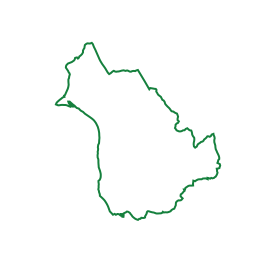 the district of São Francisco de Itabapoana, Rio de Janeiro, Brazil, rotated 143°
{"feature_id": "56859067B40188344315661", "entity_name": "São Francisco de Itabapoana", "entity_type": "district", "adm_level": 2, "iso_a3": "BRA", "parent_name": "Brazil", "parent_adm1": "Rio de Janeiro", "projection": "mercator", "projection_center": [-41.135, -21.454], "detail": "fine", "context": "isolated", "style": "outline", "palette": "green", "viewbox_px": 256, "rotation_deg": 143, "n_neighbors": 0, "source": "geoboundaries", "source_scale": "gbopen_adm2", "svg_char_len": 4554}
<svg xmlns="http://www.w3.org/2000/svg" viewBox="0 0 256 256"><g transform="rotate(143 128 128)"><path d="M76.4,43.9L76.9,44.9L77.6,46.3L76.3,47.1L75.3,48.0L73.8,48.3L72.8,49.7L72.2,51.3L71.8,53.1L71.5,54.8L71.1,56.2L70.7,58.2L69.9,59.8L68.8,61.5L68.2,63.1L67.6,64.7L66.4,66.4L64.9,67.7L64.2,69.2L63.9,70.7L63.3,71.9L65.1,72.4L66.7,71.7L68.0,71.8L68.7,72.9L69.6,73.6L71.0,73.2L72.3,73.0L74.1,73.0L75.4,72.4L76.5,72.3L78.1,72.9L79.9,72.8L81.4,73.0L82.6,72.7L84.2,71.8L86.2,71.9L86.4,73.6L85.3,75.6L84.1,76.9L83.2,77.6L82.3,78.5L81.6,79.4L81.0,80.4L81.0,82.5L80.7,84.1L80.1,85.1L79.5,86.3L79.0,87.9L80.2,89.2L80.6,90.9L80.8,92.1L82.4,92.5L84.2,92.2L85.4,93.0L87.0,93.2L88.3,93.8L89.2,94.5L89.9,95.6L90.6,96.9L90.5,98.2L90.5,99.7L89.2,100.6L88.0,102.0L86.2,102.3L85.0,102.0L83.4,102.7L83.6,104.6L82.6,105.8L81.2,106.9L80.6,108.6L80.2,110.0L80.8,111.0L81.5,112.4L81.8,113.7L83.0,115.0L83.2,116.1L83.1,117.3L83.1,118.5L83.2,119.6L83.5,121.1L83.7,123.0L83.8,124.7L83.4,125.9L83.0,127.0L83.0,128.6L83.6,129.8L83.3,131.5L83.0,133.2L83.5,134.8L83.9,136.6L83.6,138.5L83.5,140.1L82.3,141.3L82.3,142.5L83.3,143.4L84.1,144.3L86.2,146.5L87.7,146.1L86.6,155.0L85.2,168.4L86.8,169.0L88.0,169.1L89.0,170.1L90.4,170.9L91.8,171.2L92.8,172.2L93.3,173.4L94.1,174.5L95.6,175.1L96.8,176.7L98.5,177.6L100.1,178.2L101.5,178.8L102.5,179.5L103.5,180.0L104.3,180.8L104.9,182.2L106.2,182.4L107.5,182.3L108.9,182.2L110.6,182.4L110.8,184.5L110.6,186.1L110.5,187.3L110.3,188.7L110.2,190.3L110.1,194.7L109.8,197.7L109.5,199.6L107.0,210.2L106.4,213.4L105.6,216.2L105.7,217.8L107.5,218.3L109.6,220.1L111.1,220.3L112.5,220.2L113.4,219.4L114.7,218.1L116.1,217.6L117.4,216.9L118.4,215.5L120.2,214.7L122.1,214.4L123.8,214.4L125.0,213.7L126.2,213.6L126.3,215.1L128.0,215.8L129.5,214.7L130.6,214.4L133.2,214.5L135.0,215.0L137.1,215.6L139.2,215.3L140.3,214.7L141.3,213.6L141.4,211.6L141.5,209.6L141.9,208.0L141.8,206.9L142.3,205.7L143.2,205.1L144.2,204.3L145.0,203.4L146.3,202.7L147.4,201.3L148.4,199.8L149.4,198.2L151.1,196.6L152.6,195.5L154.4,194.5L156.6,193.3L158.3,192.3L159.6,192.3L160.0,191.1L161.7,191.7L163.5,191.6L165.2,191.6L167.0,191.5L169.0,191.3L170.1,191.0L171.4,190.2L170.1,188.1L169.0,187.4L167.8,186.8L166.7,186.1L165.4,185.0L164.2,184.1L163.2,183.0L162.1,181.0L161.3,179.8L160.0,180.7L160.4,182.6L160.2,183.8L159.8,185.0L158.7,184.2L158.5,183.1L157.8,179.6L157.3,178.1L157.1,176.2L156.9,174.9L155.6,173.1L155.5,171.7L155.2,170.1L154.2,167.9L153.8,165.3L152.0,160.0L151.2,157.4L150.8,155.7L150.6,154.5L150.6,153.2L150.6,151.8L150.8,150.3L151.1,148.8L151.4,147.2L151.9,145.9L152.4,144.6L153.1,143.1L154.0,141.4L154.9,140.1L155.8,138.8L156.4,137.8L157.1,136.9L158.3,135.6L159.4,134.3L160.4,133.2L161.9,132.5L162.8,131.6L163.7,130.7L164.4,129.3L165.5,128.1L166.5,127.3L167.4,125.8L168.6,124.7L170.0,122.7L170.4,121.2L171.1,120.0L172.3,118.4L173.3,116.9L174.1,115.6L175.0,114.3L175.6,112.4L176.1,110.8L176.8,109.1L177.4,107.8L178.0,106.9L178.8,105.9L179.6,105.0L180.7,104.2L181.9,103.6L183.3,103.6L184.0,102.8L184.7,101.5L185.4,100.4L186.3,99.5L187.3,98.1L188.6,96.9L189.1,95.3L189.8,94.0L190.1,92.9L190.5,91.9L191.3,90.7L190.9,88.7L190.6,87.0L190.4,85.5L190.3,84.1L190.4,82.3L190.6,80.3L190.9,78.5L191.3,76.8L191.8,75.2L192.2,73.9L192.7,72.3L192.5,70.7L192.3,69.0L192.2,67.8L190.3,67.4L189.9,66.0L188.2,65.7L187.1,64.6L186.7,63.0L185.6,63.7L184.6,62.9L185.7,62.1L186.0,60.6L185.1,59.8L184.3,60.6L183.6,61.5L182.9,62.4L181.9,62.3L180.7,61.9L179.3,62.0L178.5,61.3L177.9,60.0L177.6,58.9L177.7,57.8L177.6,56.3L177.7,54.6L177.4,53.1L176.8,51.0L176.1,49.8L175.3,48.6L173.7,48.7L172.7,48.0L171.4,48.3L170.3,47.2L169.2,46.5L168.2,46.3L167.5,47.2L166.2,47.7L164.5,48.5L163.6,49.4L162.5,49.7L161.6,49.1L160.5,47.5L159.4,46.1L158.3,45.0L156.9,42.8L155.7,41.8L154.0,40.7L153.0,40.0L151.7,39.7L150.6,40.1L150.3,39.0L149.0,38.3L147.5,37.0L146.0,36.4L144.1,35.9L142.6,36.3L140.8,36.1L139.6,35.7L138.1,36.6L136.4,37.5L135.3,38.8L134.4,39.7L132.9,40.0L131.3,39.9L130.4,39.1L129.3,38.5L128.1,38.5L126.7,38.9L127.0,40.6L127.0,42.1L125.8,43.2L123.9,43.2L122.0,43.7L120.6,43.8L120.3,45.3L119.3,44.7L118.2,45.6L116.3,45.5L114.6,45.4L113.4,44.9L112.0,43.8L110.6,42.9L109.7,44.3L108.6,45.4L107.5,46.6L106.4,45.1L104.8,45.1L102.9,44.7L101.4,43.8L100.0,42.7L98.7,42.6L97.7,42.0L96.3,41.0L95.2,39.2L94.5,40.3L93.7,39.4L92.9,38.1L91.6,38.1L90.9,37.0L89.4,36.4L88.4,36.5L87.2,36.4L85.7,37.0L84.6,37.6L83.4,38.4L83.0,39.7L82.2,40.9L81.6,42.1L80.4,41.4L79.1,41.0L78.1,41.8L77.0,42.5L76.4,43.9ZM160.0,180.7L159.8,178.8L158.4,177.8L159.0,179.6L160.0,180.7Z" fill="none" stroke="#15803d" stroke-width="2"/></g></svg>